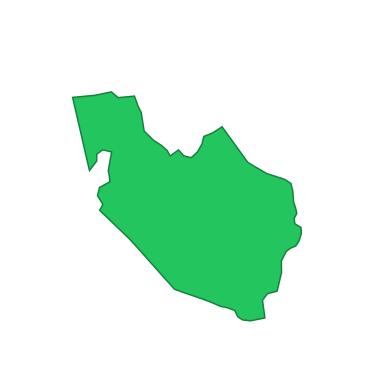 outline of Macaparana, Pernambuco, Brazil, rotated 146°
{"feature_id": "56859067B7304153063563", "entity_name": "Macaparana", "entity_type": "district", "adm_level": 2, "iso_a3": "BRA", "parent_name": "Brazil", "parent_adm1": "Pernambuco", "projection": "orthographic", "projection_center": [-35.455, -7.535], "detail": "fine", "context": "isolated", "style": "filled", "palette": "green", "viewbox_px": 384, "rotation_deg": 146, "n_neighbors": 0, "source": "geoboundaries", "source_scale": "gbopen_adm2", "svg_char_len": 1040}
<svg xmlns="http://www.w3.org/2000/svg" viewBox="0 0 384 384"><g transform="rotate(146 192 192)"><path d="M108.2,150.8L119.8,165.6L126.7,179.9L129.2,185.7L130.6,229.3L136.5,229.3L142.8,229.6L151.2,231.5L156.7,226.3L165.0,222.1L173.5,220.9L178.6,226.6L179.6,234.4L190.0,234.1L189.4,240.2L191.2,247.5L194.9,256.1L197.6,269.3L189.6,286.4L188.8,293.0L186.1,303.7L200.4,311.5L202.9,320.1L218.7,326.6L238.1,337.2L249.0,308.7L255.8,291.1L259.7,281.0L265.0,267.1L253.7,271.0L249.8,276.6L242.5,276.9L236.2,270.2L249.4,256.6L251.9,250.9L254.5,246.4L266.1,247.5L272.4,241.8L272.8,231.6L278.8,228.4L270.3,189.0L268.3,176.2L265.5,154.7L260.9,121.2L255.8,114.2L243.4,97.7L238.1,90.3L232.1,81.0L228.4,77.5L222.9,70.1L223.8,62.8L221.5,57.6L215.7,52.6L202.0,46.8L194.1,62.8L186.3,65.5L176.9,62.2L162.7,75.3L156.6,84.8L147.0,90.1L141.5,90.3L136.5,89.2L130.7,91.5L124.5,96.5L121.5,101.7L124.5,108.1L122.2,112.8L117.0,115.8L114.8,121.5L113.5,126.7L110.7,131.5L107.9,136.5L105.2,143.8L108.2,150.8Z" fill="#22c55e" stroke="#15803d" stroke-width="1.5"/></g></svg>